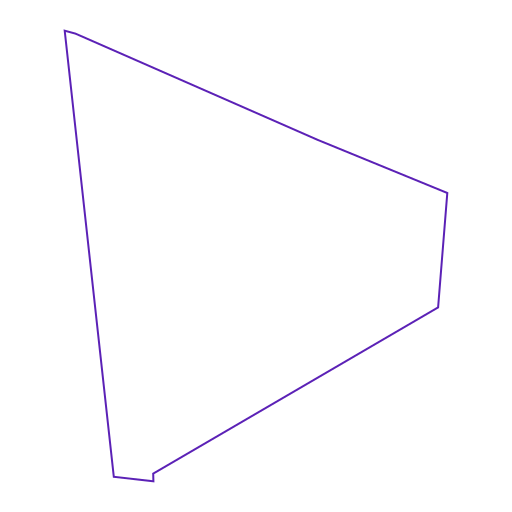 35, Ad Dawhah, Qatar (Albers equal-area conic projection)
{"feature_id": "91078587B93784378535894", "entity_name": "35", "entity_type": "district", "adm_level": 2, "iso_a3": "QAT", "parent_name": "Qatar", "parent_adm1": "Ad Dawhah", "projection": "albers", "projection_center": [51.488, 25.313], "detail": "fine", "context": "isolated", "style": "outline", "palette": "violet", "viewbox_px": 512, "rotation_deg": 0, "n_neighbors": 0, "source": "geoboundaries", "source_scale": "gbopen_adm2", "svg_char_len": 229}
<svg xmlns="http://www.w3.org/2000/svg" viewBox="0 0 512 512"><path d="M64.7,30.7L113.8,476.8L153.4,481.3L153.2,473.6L438.1,307.4L447.3,193.0L317.7,139.9L75.4,33.6L64.7,30.7Z" fill="none" stroke="#5b21b6" stroke-width="2"/></svg>